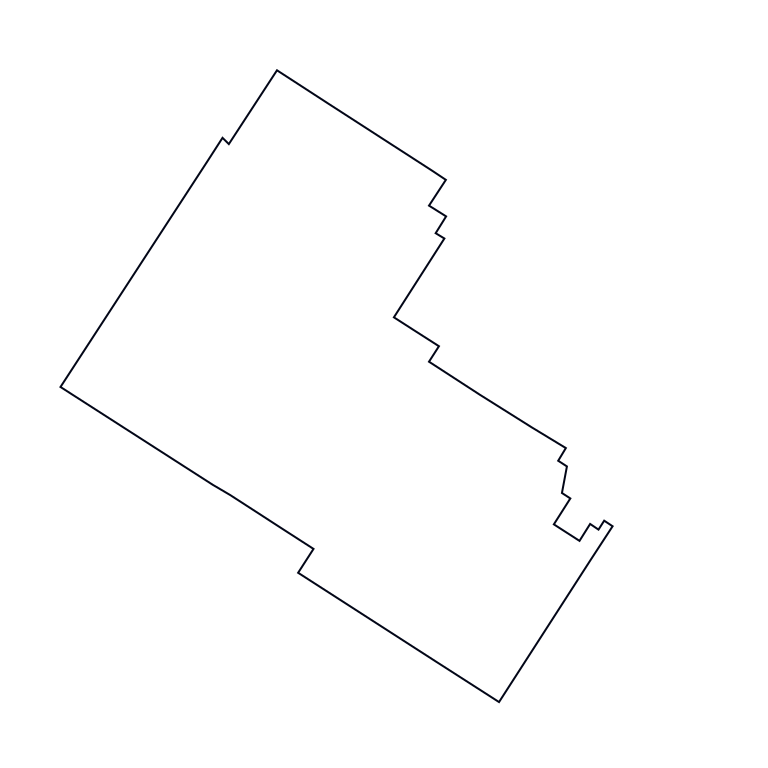 outline of Sanpete, Utah, United States of America, rotated 123°
{"feature_id": "52423323B58095875078867", "entity_name": "Sanpete", "entity_type": "district", "adm_level": 2, "iso_a3": "USA", "parent_name": "United States of America", "parent_adm1": "Utah", "projection": "albers", "projection_center": [-111.655, 39.423], "detail": "fine", "context": "isolated", "style": "outline", "palette": "ink", "viewbox_px": 768, "rotation_deg": 123, "n_neighbors": 0, "source": "geoboundaries", "source_scale": "gbopen_adm2", "svg_char_len": 622}
<svg xmlns="http://www.w3.org/2000/svg" viewBox="0 0 768 768"><g transform="rotate(123 384 384)"><path d="M562.7,653.7L561.8,472.6L560.9,452.6L560.8,384.1L560.7,353.3L589.1,353.2L588.5,189.3L588.1,114.3L419.0,114.9L378.8,114.8L378.7,124.9L389.3,124.8L389.1,134.9L409.1,134.6L409.2,165.1L378.5,165.4L378.5,175.4L353.5,185.7L353.5,196.1L338.7,196.6L339.9,236.4L340.8,297.7L340.8,358.4L322.4,358.5L322.6,388.3L322.7,412.0L229.1,412.6L229.4,422.8L209.6,423.2L209.9,443.4L179.1,443.3L178.9,458.7L179.2,584.4L179.2,644.6L267.3,644.8L265.5,653.5L292.8,653.4L562.7,653.7Z" fill="none" stroke="#020617" stroke-width="2"/></g></svg>